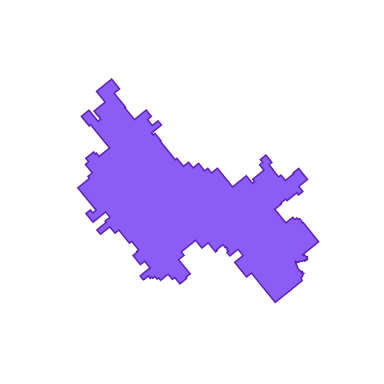 outline of Yalgoo, Western Australia, Australia, rotated 321°
{"feature_id": "25037944B40013954886351", "entity_name": "Yalgoo", "entity_type": "district", "adm_level": 2, "iso_a3": "AUS", "parent_name": "Australia", "parent_adm1": "Western Australia", "projection": "natural_earth1", "projection_center": [117.321, -28.488], "detail": "fine", "context": "isolated", "style": "filled", "palette": "violet", "viewbox_px": 384, "rotation_deg": 321, "n_neighbors": 0, "source": "geoboundaries", "source_scale": "gbopen_adm2", "svg_char_len": 5643}
<svg xmlns="http://www.w3.org/2000/svg" viewBox="0 0 384 384"><g transform="rotate(321 192 192)"><path d="M200.6,63.3L200.6,53.7L181.1,53.7L181.1,67.5L166.8,67.5L166.9,77.9L163.4,77.9L163.4,63.6L153.6,63.6L153.6,75.9L155.6,75.9L155.6,77.7L155.6,78.1L155.6,81.3L155.6,101.6L155.7,105.9L155.3,105.9L147.3,105.9L142.2,105.9L142.2,101.6L140.8,101.6L140.8,99.0L135.6,99.0L130.7,99.0L130.7,103.5L126.5,103.5L126.5,106.2L126.5,114.4L120.9,114.4L120.9,116.9L105.9,116.9L105.9,126.3L106.0,145.7L101.7,145.7L101.7,142.0L96.0,142.0L96.0,146.6L96.0,153.2L112.3,153.2L112.3,160.0L106.1,160.0L106.1,161.6L94.2,161.6L94.3,167.3L106.1,167.3L106.2,175.6L111.2,175.6L111.2,182.5L111.2,184.2L111.2,192.4L114.1,192.4L114.1,203.4L111.5,203.4L111.5,204.2L106.2,204.2L106.2,216.0L111.6,216.0L111.6,224.5L110.9,224.5L110.9,224.8L110.3,224.8L110.3,224.5L100.1,224.6L98.9,224.6L98.9,228.7L99.2,228.7L99.2,229.8L102.3,229.8L105.2,229.8L105.2,232.9L107.3,232.8L107.3,234.4L110.0,234.4L110.0,235.8L110.0,237.7L112.0,237.7L112.0,239.2L112.0,240.9L121.6,240.9L121.7,247.6L124.8,247.6L124.8,255.8L125.0,255.8L125.9,255.8L128.5,255.8L131.2,255.8L133.4,255.8L133.4,254.5L139.1,254.5L139.0,240.8L139.0,236.2L139.4,236.2L146.0,236.2L146.0,232.2L145.9,231.8L146.0,231.8L150.8,231.8L152.9,231.8L154.2,231.8L159.8,231.8L164.4,231.8L164.4,240.0L164.4,241.8L172.6,241.7L172.6,242.2L172.6,243.9L172.6,244.3L172.6,245.6L172.6,246.0L172.6,246.5L172.6,253.4L174.9,253.4L174.9,252.4L178.5,252.4L180.0,252.4L182.9,252.4L182.9,254.6L182.9,255.0L182.9,255.8L182.9,256.4L184.0,256.4L184.0,258.7L182.9,258.7L182.9,260.9L181.2,260.9L181.2,265.5L187.0,265.5L191.3,265.5L191.7,265.5L191.7,273.5L189.9,273.5L180.9,273.5L180.9,292.4L187.2,292.4L187.2,294.3L187.2,298.6L187.2,303.7L187.2,306.9L187.2,318.2L187.2,322.2L187.2,324.5L187.2,327.3L187.2,330.2L189.1,330.2L190.4,330.2L191.3,330.2L193.1,330.2L195.3,330.2L196.2,330.2L196.6,330.2L198.4,330.2L199.3,330.2L200.2,330.2L202.0,330.3L204.2,330.3L204.6,330.3L205.1,330.3L206.0,330.3L206.4,330.3L206.8,330.3L208.6,330.3L209.5,330.2L211.3,330.2L213.0,330.2L213.9,330.2L215.7,330.2L216.5,330.2L221.9,330.2L222.0,330.1L222.0,329.9L222.1,329.7L222.1,329.4L222.2,329.2L222.3,328.8L222.3,328.7L222.3,328.3L222.4,328.0L222.5,327.6L222.8,327.5L223.1,327.3L223.4,327.2L223.6,327.3L223.9,327.1L224.4,327.1L224.6,327.0L224.7,326.9L225.1,326.8L225.2,326.7L225.4,326.8L225.6,326.6L225.8,326.4L225.9,326.1L226.2,326.0L226.2,325.8L226.1,325.6L226.4,325.4L226.8,325.5L227.0,325.6L227.7,325.6L227.4,325.2L227.4,325.3L227.2,325.4L226.5,325.2L226.4,324.9L226.7,324.6L226.7,324.3L226.5,324.1L226.3,324.3L226.3,324.7L226.2,324.7L226.1,324.2L226.2,323.8L226.2,323.5L226.5,323.3L226.6,323.6L227.1,323.8L227.6,323.8L227.7,323.5L227.7,323.1L226.9,322.7L226.7,321.8L226.7,321.5L226.2,321.1L226.1,320.6L226.2,320.3L226.1,320.0L226.1,319.7L226.2,319.1L226.2,318.8L226.3,318.3L226.3,318.0L226.3,317.7L226.5,317.5L226.6,317.4L226.6,317.1L226.6,316.9L226.8,316.7L226.9,316.4L227.1,316.0L227.0,315.8L227.1,315.5L227.1,315.3L227.1,315.1L227.2,314.9L227.4,314.3L227.6,314.0L227.5,313.7L227.6,313.4L227.6,313.2L227.6,312.8L227.7,312.7L227.9,312.6L228.0,312.8L228.3,312.9L228.8,312.8L228.8,312.6L228.9,312.4L228.3,312.2L228.0,311.7L228.1,311.2L228.3,310.9L228.6,310.9L228.9,310.9L229.1,311.1L229.1,311.4L229.0,311.5L228.9,311.4L229.0,311.6L229.3,312.0L229.8,312.7L230.2,313.2L230.7,313.7L231.1,313.8L231.3,313.5L231.5,313.4L231.9,313.5L232.2,313.9L232.3,314.0L232.5,314.1L233.0,314.3L233.3,314.5L233.2,314.6L233.3,314.7L233.4,314.8L233.7,314.8L233.9,314.8L234.1,315.0L234.6,315.3L234.9,315.4L235.0,315.5L235.4,315.5L235.6,315.4L235.8,315.5L236.7,315.6L236.6,315.8L236.7,316.1L236.9,316.3L236.5,316.4L236.3,316.6L236.6,316.7L236.9,316.8L237.1,316.8L237.5,317.0L237.9,316.9L238.3,317.0L238.4,316.8L238.3,316.7L238.7,316.5L239.1,316.6L238.9,316.8L239.0,317.0L239.3,317.0L239.6,316.7L239.9,316.2L239.7,316.1L239.7,315.9L240.0,315.8L240.1,315.7L240.3,315.6L240.4,315.4L240.6,315.5L240.8,315.3L240.9,314.8L240.7,314.8L240.4,314.6L240.0,314.6L240.0,314.0L239.9,312.9L239.6,312.4L240.0,312.5L240.0,312.3L239.7,311.9L239.4,311.7L239.2,311.4L239.0,311.8L238.8,311.7L238.7,311.6L238.6,311.4L238.9,311.2L238.9,310.8L238.7,310.7L238.6,310.4L240.0,310.4L241.3,310.4L242.6,310.4L243.9,310.4L245.3,310.4L246.6,310.4L247.5,310.4L248.8,310.4L250.1,310.4L251.5,310.4L252.8,310.4L254.1,310.4L255.0,310.4L256.3,310.4L257.7,310.4L259.1,310.4L259.2,286.1L258.7,286.1L258.7,285.1L258.8,283.5L258.8,282.8L258.8,281.2L258.8,280.5L258.7,280.4L257.3,280.4L257.3,278.2L254.5,278.2L254.5,275.1L245.5,275.1L245.5,270.1L245.5,267.5L245.5,265.2L245.5,262.9L245.5,257.5L247.7,257.5L249.6,257.5L251.8,257.5L254.0,257.5L254.0,256.5L256.0,256.5L257.9,256.5L258.2,256.5L260.4,256.5L260.4,258.6L263.7,258.6L266.6,258.6L270.2,258.6L273.0,258.6L273.0,261.4L275.6,261.4L278.5,261.4L278.5,254.9L282.1,254.9L285.7,254.9L288.0,254.9L289.7,254.9L289.7,246.6L289.8,240.8L282.5,240.8L282.5,241.8L277.0,241.8L275.9,241.8L271.8,241.8L271.8,238.9L271.8,234.8L268.8,234.8L268.8,225.5L269.1,225.5L269.1,219.3L272.7,219.3L272.7,209.8L265.5,209.8L265.5,213.5L261.6,213.5L261.6,220.3L260.1,220.3L257.9,220.3L255.7,220.3L253.5,220.3L251.5,220.3L247.0,220.3L247.0,223.3L244.4,223.3L244.4,213.6L226.7,213.6L226.7,189.5L219.2,189.5L219.2,183.5L215.2,183.5L215.2,173.9L208.1,173.9L208.1,166.7L204.6,166.7L201.5,166.7L201.5,158.2L201.5,156.4L199.3,156.4L199.3,132.7L200.1,132.7L200.1,123.2L197.6,123.2L197.6,120.7L210.4,120.7L210.4,115.3L203.0,115.3L203.0,107.7L208.0,107.7L208.0,99.5L202.7,99.5L199.2,99.5L192.8,99.5L192.8,90.6L192.8,84.3L193.7,84.3L193.7,66.3L200.6,66.3L200.6,63.3Z" fill="#8b5cf6" stroke="#5b21b6" stroke-width="1.5"/></g></svg>